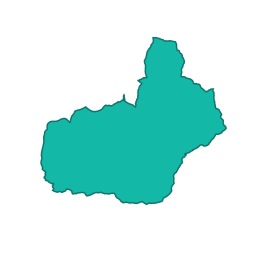 Pisba, Boyacá, Colombia, rotated 164°
{"feature_id": "7082276B47787329077767", "entity_name": "Pisba", "entity_type": "district", "adm_level": 2, "iso_a3": "COL", "parent_name": "Colombia", "parent_adm1": "Boyacá", "projection": "orthographic", "projection_center": [-72.451, 5.73], "detail": "fine", "context": "isolated", "style": "filled", "palette": "teal", "viewbox_px": 256, "rotation_deg": 164, "n_neighbors": 0, "source": "geoboundaries", "source_scale": "gbopen_adm2", "svg_char_len": 5739}
<svg xmlns="http://www.w3.org/2000/svg" viewBox="0 0 256 256"><g transform="rotate(164 128 128)"><path d="M79.0,207.9L79.7,204.3L80.2,203.4L82.9,201.4L83.7,199.8L86.5,197.8L88.4,196.1L91.4,190.5L93.6,188.2L93.9,187.0L94.0,185.9L93.8,183.5L95.9,177.2L96.1,175.6L95.9,171.5L96.2,171.2L96.8,171.4L97.5,171.8L98.3,171.6L99.0,172.0L100.1,171.7L101.3,171.2L101.6,171.3L102.0,171.1L103.5,171.2L103.8,170.9L103.9,170.7L104.3,170.6L105.1,170.8L104.9,170.2L104.2,169.5L103.9,168.7L102.8,167.6L102.6,167.1L102.6,166.9L102.9,166.4L103.6,166.1L105.1,165.1L106.1,163.9L106.8,162.5L107.9,161.5L108.4,159.7L108.9,158.7L109.0,157.1L109.2,156.8L109.7,156.3L110.0,155.0L110.2,154.2L111.1,153.4L111.5,153.2L112.1,152.1L113.0,151.2L113.3,150.2L114.0,149.6L114.1,147.6L114.3,147.2L115.0,146.6L115.1,146.3L116.3,147.6L116.4,148.2L117.0,148.6L117.6,149.2L120.5,151.2L123.1,154.0L123.9,154.9L123.9,155.1L123.3,155.7L123.4,156.2L123.2,156.6L123.5,157.1L123.0,158.7L123.1,159.7L122.7,160.3L122.7,160.8L123.2,160.4L123.3,160.0L123.6,159.8L123.6,158.6L123.9,158.2L124.1,157.7L124.8,157.0L124.7,156.1L124.9,155.9L126.2,156.2L128.1,155.4L128.5,155.3L129.6,155.5L130.2,156.0L130.6,155.6L131.8,155.4L133.0,154.9L134.0,154.9L134.8,154.7L136.4,154.0L137.3,154.0L138.2,153.8L139.2,154.5L139.6,154.9L140.1,154.8L140.6,155.1L141.5,155.1L142.2,155.4L142.9,156.0L143.1,156.1L144.2,155.7L145.2,155.2L146.4,154.4L147.6,153.3L150.2,152.7L152.6,152.5L155.9,153.0L157.8,153.9L159.5,155.4L160.3,156.2L162.6,159.4L162.8,159.9L163.7,159.6L165.8,159.3L167.1,159.0L169.2,158.8L171.4,159.0L173.9,158.9L174.8,158.4L175.6,157.0L176.2,156.5L177.4,155.9L179.0,154.6L180.7,152.0L181.6,150.2L182.4,149.4L183.3,151.1L184.7,153.3L185.4,154.1L186.8,154.8L190.0,155.0L191.0,154.6L192.7,154.3L194.5,154.2L196.7,154.5L198.1,155.1L200.7,155.5L202.0,155.2L203.9,154.2L204.7,153.2L205.2,152.1L205.6,150.8L205.7,149.5L206.3,148.9L207.9,148.2L208.9,147.2L210.5,144.1L211.5,142.5L212.5,138.3L213.8,135.5L216.9,130.0L217.4,128.9L217.7,128.5L218.9,125.2L218.9,123.3L219.1,122.5L220.6,120.1L221.4,117.9L221.0,113.6L221.6,112.2L221.7,111.7L221.3,111.4L220.3,109.8L220.1,109.3L219.5,109.2L219.3,108.2L219.7,107.6L219.8,107.3L220.1,107.2L220.3,106.9L220.3,106.4L220.2,106.1L220.0,105.7L220.3,105.3L221.2,104.5L221.8,104.2L221.9,103.5L222.3,103.2L221.8,102.7L221.4,102.4L221.4,101.5L221.7,101.1L221.7,100.7L221.2,100.0L220.5,99.9L220.2,99.4L219.6,99.2L218.7,97.4L218.1,96.8L217.6,96.6L216.5,95.5L216.1,95.6L215.8,95.4L215.4,95.4L215.2,95.3L214.9,94.8L215.1,94.4L215.7,94.3L215.7,93.6L215.9,93.4L216.4,93.3L216.7,93.0L216.7,91.9L216.2,91.2L216.2,90.8L216.0,90.1L216.7,89.8L217.1,89.1L217.6,88.8L216.3,87.5L215.2,86.9L214.8,86.4L214.2,86.2L214.0,85.9L211.1,85.7L210.4,85.4L209.1,84.3L208.3,84.4L208.0,84.8L206.5,84.6L205.4,84.8L204.1,86.1L203.4,86.1L201.9,85.2L201.0,84.8L200.6,84.4L199.5,82.7L199.6,80.4L199.5,80.1L199.1,79.8L198.7,79.6L197.5,79.8L195.8,79.1L194.8,79.3L193.5,79.4L192.0,79.0L190.6,78.9L188.3,78.1L187.3,77.0L186.8,74.7L186.6,74.4L186.2,74.1L184.4,73.9L182.6,74.0L180.0,74.4L177.7,74.9L176.1,74.7L174.4,73.9L171.7,73.6L170.5,72.6L168.6,71.3L165.9,70.6L164.9,69.9L161.6,69.7L160.5,69.3L159.5,69.2L158.9,68.3L158.6,67.2L158.5,65.4L158.0,64.2L155.6,61.4L154.9,59.3L153.3,57.5L150.7,57.3L149.6,56.9L146.8,55.3L145.5,55.2L144.2,54.9L141.3,53.4L140.2,53.1L138.3,53.1L137.0,53.4L136.2,53.4L135.7,53.2L135.4,53.2L135.2,53.5L135.0,53.4L134.3,53.0L133.0,51.4L132.0,50.4L131.6,49.8L131.3,49.7L130.1,49.6L129.1,50.0L127.9,50.0L126.7,49.1L125.3,49.2L123.9,48.5L121.0,48.2L117.5,48.1L116.6,48.2L115.7,48.1L115.0,48.6L114.4,49.2L113.6,50.7L112.9,51.0L110.8,51.3L109.6,51.7L106.7,52.9L105.6,53.6L103.4,55.4L103.2,56.3L103.2,57.5L102.3,59.4L101.4,60.4L100.3,61.2L99.4,61.8L98.9,62.3L98.6,65.1L97.7,67.0L97.5,69.3L96.8,70.5L95.6,71.4L93.8,72.1L93.4,72.8L92.9,73.1L91.8,74.3L90.9,75.0L90.6,75.7L89.7,76.1L89.2,77.0L88.0,77.5L87.3,78.7L86.5,79.3L85.6,79.4L85.0,80.4L85.1,80.9L85.0,81.3L85.3,81.9L85.1,82.3L85.1,82.9L84.8,83.2L83.7,84.1L83.5,84.6L82.9,84.6L81.9,84.5L81.6,84.6L81.3,85.0L79.5,86.1L79.6,86.7L80.6,87.2L80.6,87.3L79.4,87.5L76.1,87.5L73.8,88.4L71.9,88.6L71.5,89.2L70.9,89.1L70.1,89.5L69.0,89.5L67.7,89.8L67.1,90.1L66.5,90.0L66.2,90.4L65.5,90.4L64.8,90.9L63.7,91.5L61.9,91.7L61.3,91.6L60.8,90.5L59.7,89.6L58.8,89.7L58.4,89.4L58.0,89.6L57.5,89.3L57.2,89.4L56.2,89.5L55.5,90.0L54.6,90.3L54.3,91.2L53.2,91.4L52.4,92.1L51.9,92.9L51.1,93.4L48.7,94.6L47.2,95.9L46.5,96.5L45.5,97.6L45.1,97.7L43.1,97.1L40.9,97.3L39.3,97.7L37.6,98.9L35.6,99.4L33.7,100.7L33.8,102.4L34.0,103.0L34.9,104.0L35.2,105.3L35.0,107.3L34.4,108.8L34.4,109.4L34.9,110.3L35.9,111.8L35.9,113.4L35.6,113.9L34.5,114.8L34.3,115.4L34.4,116.0L35.2,118.5L35.4,120.1L36.4,121.5L36.8,121.8L37.9,122.1L38.2,123.5L38.2,124.5L37.9,126.1L38.1,127.0L38.1,127.3L37.6,128.3L37.5,128.9L37.5,130.9L37.4,132.2L37.0,134.2L36.3,135.2L36.4,136.4L35.8,137.5L35.7,138.1L35.7,138.6L36.2,140.1L36.2,140.6L35.3,142.0L37.4,142.5L39.7,142.1L42.1,141.1L42.4,141.2L42.5,141.5L43.3,141.6L43.8,142.0L44.5,143.6L45.2,144.5L45.7,145.5L46.6,146.3L46.9,147.5L46.9,148.8L47.4,150.2L47.7,150.4L49.6,151.2L49.8,151.7L51.0,152.0L51.6,151.9L51.9,152.1L52.5,152.6L52.6,153.0L52.9,155.6L54.1,157.4L55.9,158.7L58.3,159.9L59.0,161.3L61.2,162.2L61.6,162.3L62.6,162.8L62.7,163.0L62.5,163.9L61.5,165.9L60.9,166.8L60.8,168.9L60.5,169.6L59.9,170.5L58.6,171.6L57.8,173.2L57.3,173.9L56.1,175.0L55.4,177.0L55.8,180.7L56.3,181.3L55.9,182.4L56.0,183.9L56.4,184.7L57.4,185.9L57.6,188.3L57.8,188.6L59.1,189.0L59.3,189.8L59.1,192.1L58.3,195.1L58.6,197.5L58.9,198.0L59.6,198.2L63.4,200.2L64.6,200.5L66.4,200.6L67.1,201.2L68.7,201.5L69.2,201.8L69.9,203.0L70.3,203.3L71.7,204.1L73.4,205.5L74.5,206.0L75.9,207.0L77.2,207.4L78.1,207.5L79.0,207.9Z" fill="#14b8a6" stroke="#0f766e" stroke-width="1.5"/></g></svg>